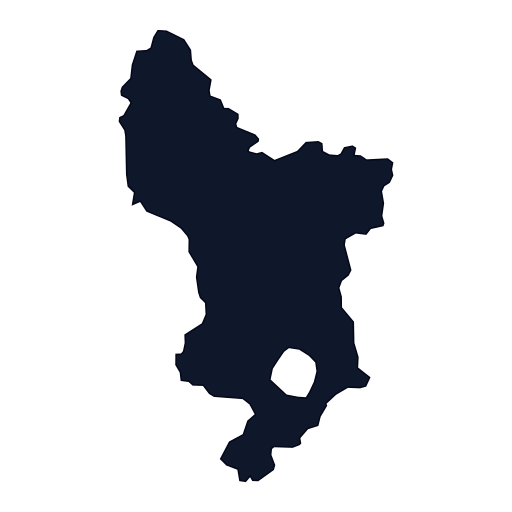 the border of Derbyshire
{"feature_id": "GBR-2059", "entity_name": "Derbyshire", "entity_type": "Administrative County", "adm_level": 1, "iso_a3": "GBR", "parent_name": "United Kingdom", "parent_adm1": "", "projection": "mercator", "projection_center": [-1.584, 53.108], "detail": "fine", "context": "isolated", "style": "filled", "palette": "ink", "viewbox_px": 512, "rotation_deg": 0, "n_neighbors": 0, "source": "natural_earth", "source_scale": "10m", "svg_char_len": 2046}
<svg xmlns="http://www.w3.org/2000/svg" viewBox="0 0 512 512"><path d="M132.6,204.5L134.6,192.4L128.3,186.3L126.7,174.3L125.9,136.1L124.9,130.0L119.4,121.4L119.9,117.6L123.9,115.7L131.2,102.8L128.3,98.5L121.6,95.2L121.1,91.2L122.4,87.2L130.9,78.5L132.4,65.1L136.9,51.3L146.8,50.7L151.1,48.0L153.9,37.4L158.0,30.7L166.4,31.2L183.8,39.8L190.4,50.1L191.2,60.3L193.0,65.2L210.9,79.9L209.0,90.3L209.9,96.1L220.3,100.0L223.8,108.6L228.5,108.7L237.9,114.4L238.0,118.4L235.6,123.7L236.6,127.5L255.0,135.1L258.4,139.1L258.1,141.2L249.4,147.2L247.9,150.9L249.4,152.1L256.6,154.0L262.0,152.6L274.5,160.7L297.6,151.5L306.1,142.6L318.3,141.8L321.8,143.7L322.4,151.5L329.3,155.1L337.8,155.8L341.1,154.0L344.5,147.8L352.4,146.2L355.4,148.1L353.9,155.5L360.4,156.0L366.5,160.1L387.6,159.0L392.6,162.8L391.3,169.4L392.6,175.3L389.4,182.2L383.8,185.8L381.3,191.2L383.4,203.3L381.6,216.0L383.7,223.2L382.9,225.6L370.4,228.4L366.0,234.1L355.7,232.8L345.1,238.8L344.1,245.0L350.7,270.1L348.1,275.1L341.4,280.5L338.7,287.9L341.2,296.9L341.3,307.6L353.3,322.0L353.7,343.0L357.9,357.2L357.4,367.9L369.6,377.5L365.7,386.0L360.0,387.6L347.7,387.1L335.7,394.2L325.7,403.5L326.4,405.6L320.0,416.4L317.8,425.3L307.6,428.6L299.6,437.9L300.5,443.3L299.1,444.6L292.5,447.1L274.0,446.5L271.3,448.6L270.7,455.0L274.5,465.1L273.3,469.5L258.0,480.5L252.7,480.3L250.2,475.9L245.6,481.3L239.9,480.5L238.0,469.2L226.7,464.9L220.7,458.9L229.6,442.0L243.3,434.7L247.9,421.1L255.6,414.4L250.0,404.0L242.9,398.4L214.2,396.2L209.5,393.4L203.3,385.2L192.9,384.9L188.9,381.3L181.3,380.3L180.4,372.3L176.0,364.8L176.1,354.4L181.3,354.2L183.6,351.5L185.4,343.0L185.1,334.9L202.4,323.8L206.3,314.5L205.7,302.7L200.5,297.6L198.8,292.4L196.6,277.0L198.0,266.7L189.1,251.7L189.3,239.4L187.8,235.8L181.3,228.1L170.9,221.0L146.9,211.1L140.4,201.1L132.6,204.5ZM306.2,398.0L309.7,392.3L314.5,382.1L317.2,371.3L315.9,362.1L309.3,355.3L299.4,349.0L288.7,347.4L283.6,351.3L277.7,359.9L272.2,368.4L269.8,379.8L286.3,395.2L297.7,397.4L306.2,398.0Z" fill="#0f172a" stroke="#020617" stroke-width="1.5"/></svg>